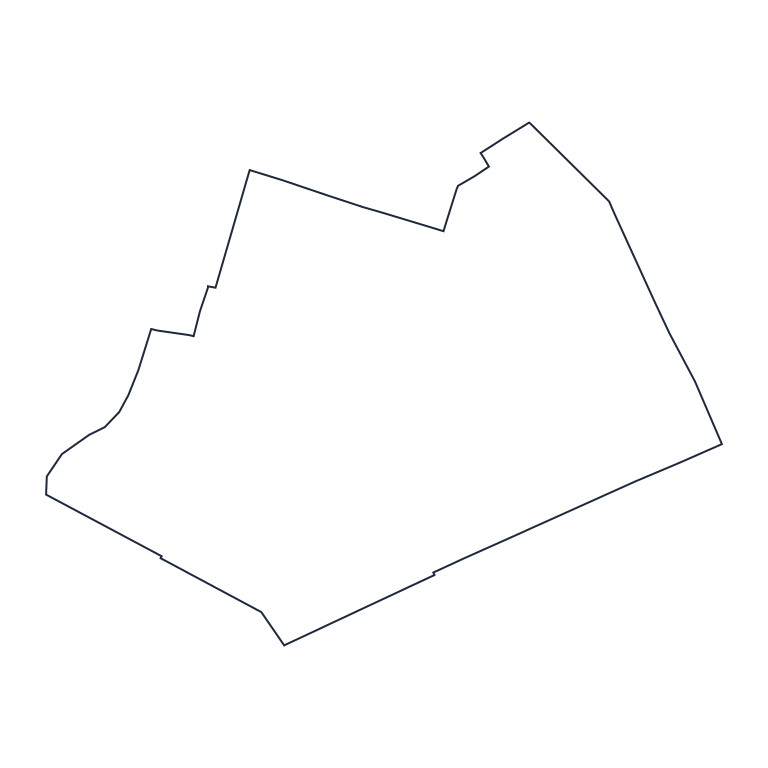 A L Labban, Al Iskandariyah, Egypt (Mercator projection)
{"feature_id": "37247803B27556754464057", "entity_name": "A L Labban", "entity_type": "district", "adm_level": 2, "iso_a3": "EGY", "parent_name": "Egypt", "parent_adm1": "Al Iskandariyah", "projection": "mercator", "projection_center": [29.891, 31.191], "detail": "fine", "context": "isolated", "style": "outline", "palette": "slate", "viewbox_px": 768, "rotation_deg": 0, "n_neighbors": 0, "source": "geoboundaries", "source_scale": "gbopen_adm2", "svg_char_len": 1023}
<svg xmlns="http://www.w3.org/2000/svg" viewBox="0 0 768 768"><path d="M721.9,444.1L695.0,381.5L669.5,333.4L655.2,303.0L614.5,213.8L610.1,203.7L609.5,202.3L609.2,201.5L530.1,123.3L529.5,122.9L529.1,122.6L509.1,134.9L501.9,139.3L500.6,140.2L480.6,153.0L481.8,154.8L482.9,156.4L483.6,157.6L488.9,166.6L474.1,176.5L458.0,185.8L457.8,186.4L456.7,188.9L445.8,223.7L443.5,231.2L389.7,214.9L388.2,214.4L363.0,207.1L328.6,195.8L281.5,179.9L249.7,170.1L246.7,180.2L239.6,204.7L215.5,287.7L208.0,286.3L208.0,287.5L200.0,311.1L193.6,336.2L189.7,335.2L189.2,335.1L160.7,331.0L157.9,330.6L155.2,330.0L151.2,329.0L138.7,369.1L138.5,369.8L128.4,395.1L119.2,412.1L104.7,427.2L89.2,434.8L61.9,454.1L46.8,476.4L46.1,494.6L161.6,556.2L161.0,557.4L160.6,558.2L257.0,609.8L259.2,610.9L261.3,612.1L269.5,624.0L284.2,645.4L285.8,644.6L287.5,643.8L335.3,621.4L407.5,587.6L434.5,575.0L433.3,572.5L443.4,567.9L461.5,559.5L484.7,549.1L513.2,536.4L533.1,527.4L634.9,481.6L681.5,461.9L721.9,444.1Z" fill="none" stroke="#1e293b" stroke-width="2"/></svg>